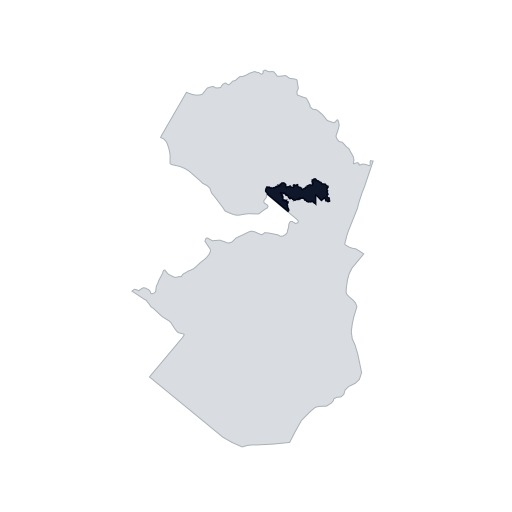 Chitambo, Central, Zambia (highlighted), rotated 310°
{"feature_id": "96606910B62371668778538", "entity_name": "Chitambo", "entity_type": "district", "adm_level": 2, "iso_a3": "ZMB", "parent_name": "Zambia", "parent_adm1": "Central", "projection": "natural_earth1", "projection_center": [30.302, -12.89], "detail": "fine", "context": "in_parent", "style": "filled", "palette": "ink", "viewbox_px": 512, "rotation_deg": 310, "n_neighbors": 0, "source": "geoboundaries", "source_scale": "gbopen_adm2", "svg_char_len": 9252}
<svg xmlns="http://www.w3.org/2000/svg" viewBox="0 0 512 512"><g transform="rotate(310 256 256)"><path d="M326.8,337.2L308.5,337.3L301.9,338.9L296.4,341.5L289.9,345.5L286.1,348.3L285.1,349.9L284.6,353.3L284.6,358.6L284.0,362.4L282.0,365.9L272.1,370.1L265.7,373.5L259.3,377.6L254.5,382.9L251.3,389.4L245.9,397.5L234.5,411.9L227.9,414.5L222.4,413.9L215.7,410.9L210.4,410.4L206.5,412.2L202.8,411.7L199.5,408.6L196.7,407.5L194.5,408.3L191.6,408.2L186.3,406.5L181.7,401.4L179.2,399.3L177.3,398.5L171.8,397.6L159.3,396.5L146.3,399.0L134.8,401.6L123.1,390.2L111.8,378.1L109.3,375.0L105.1,370.9L102.0,369.0L100.8,368.0L97.7,357.2L95.9,347.3L94.9,252.1L146.3,252.1L149.6,251.7L149.7,250.7L147.3,245.6L147.4,243.8L148.1,240.4L150.3,233.5L150.4,231.2L149.3,223.7L149.4,219.5L149.9,211.0L149.6,208.2L150.7,204.4L151.1,201.8L151.6,200.8L151.0,197.9L149.9,187.8L149.3,183.6L152.4,184.2L153.4,186.3L154.0,188.6L155.4,188.7L159.1,190.0L160.4,191.9L161.2,195.9L160.7,198.0L159.6,199.7L160.7,201.1L163.2,202.1L164.6,201.8L168.7,199.1L172.6,198.1L174.5,197.3L183.0,195.5L184.7,194.6L185.9,194.6L186.7,195.3L186.0,198.2L185.7,200.7L186.8,205.5L187.6,207.8L189.4,209.4L190.6,210.2L192.1,212.0L195.0,211.7L201.6,214.1L203.5,215.2L206.3,216.4L208.2,216.8L214.9,217.6L222.0,219.0L225.7,219.1L228.3,218.8L230.1,218.1L231.3,217.3L231.8,216.6L234.4,207.5L235.8,206.8L237.5,206.4L238.6,207.2L239.7,212.9L244.9,218.1L246.6,222.5L247.9,226.2L249.0,227.2L251.0,228.5L254.1,228.9L256.8,229.1L270.6,235.4L272.2,236.6L273.9,240.0L274.9,243.8L276.0,246.8L277.8,247.4L279.4,247.6L280.9,249.7L282.1,251.5L286.2,259.0L286.8,262.0L288.8,264.0L291.5,264.8L294.0,264.9L295.4,264.0L298.9,262.5L301.6,260.7L303.7,260.1L304.8,260.5L305.7,261.7L306.3,265.4L308.3,266.7L309.7,266.2L310.3,264.7L310.3,264.0L310.3,224.9L309.0,225.2L307.4,226.3L303.8,226.4L302.4,227.2L301.9,228.5L302.2,230.1L302.3,232.3L301.7,233.4L300.1,233.8L297.8,232.9L293.6,231.8L290.1,231.1L287.6,228.2L284.2,223.8L282.0,221.5L276.6,216.9L275.7,216.0L274.1,213.8L272.6,210.2L271.3,206.0L270.6,203.3L271.9,199.1L275.0,185.6L275.7,181.4L278.3,177.1L278.5,173.2L277.4,168.3L277.7,165.6L278.0,150.1L277.3,145.2L275.5,139.8L271.6,132.2L271.7,130.6L277.6,125.7L279.4,123.9L282.5,119.9L284.6,116.5L285.9,113.8L286.4,110.2L285.4,106.8L287.4,106.2L336.7,97.5L337.4,99.8L338.9,103.6L340.6,106.5L342.7,108.9L344.5,110.4L345.7,110.9L353.3,110.7L356.0,112.3L358.4,114.2L358.9,117.1L360.5,119.0L362.2,120.5L362.9,120.6L364.2,120.3L366.2,120.2L368.1,120.9L369.0,121.5L369.1,124.0L369.6,125.1L372.2,125.6L374.8,125.7L377.3,127.4L380.0,127.7L383.2,128.4L384.7,130.2L388.0,132.1L392.1,133.7L396.6,136.5L396.7,137.3L397.5,139.0L398.3,140.1L398.4,141.8L398.7,143.4L399.9,143.8L400.8,143.9L401.7,142.8L402.9,142.8L404.3,143.5L404.7,145.4L405.7,147.8L407.4,149.5L408.5,151.1L408.1,154.1L407.4,156.8L409.7,159.4L412.6,162.0L413.4,163.1L413.6,166.9L414.1,168.1L416.1,171.3L417.1,173.3L417.0,174.5L411.6,180.7L408.3,181.7L406.8,183.0L406.0,184.3L408.1,190.5L409.2,192.8L408.3,195.7L406.1,200.7L405.1,201.2L404.9,204.9L405.6,206.3L406.6,207.4L407.1,209.9L407.0,216.3L405.6,223.5L408.0,229.8L408.8,230.5L412.2,230.6L412.8,231.1L411.9,232.9L409.6,235.7L405.3,237.8L399.2,240.2L397.9,242.5L397.1,245.8L397.8,247.7L398.6,248.9L398.3,251.7L397.8,254.8L397.9,257.2L397.7,259.3L396.9,260.4L395.8,263.6L394.5,266.8L393.4,268.3L391.9,269.8L389.4,271.1L389.5,271.7L392.2,273.2L392.9,274.3L393.2,275.0L392.0,276.6L393.3,277.6L394.8,278.4L396.3,280.5L398.0,284.6L398.3,285.0L398.7,285.0L399.6,284.6L401.3,283.0L402.6,282.4L404.0,284.7L378.5,294.7L372.4,296.7L363.5,300.3L360.6,301.6L358.2,302.9L334.5,310.7L330.7,312.2L322.3,316.2L322.0,316.8L322.1,318.7L322.9,322.4L324.3,325.8L325.6,327.8L326.4,332.8L326.8,337.2Z" fill="#d9dde1" stroke="#a8b0b8" stroke-width="1"/><path d="M355.5,265.9L355.1,265.0L355.2,264.1L355.4,263.6L355.5,262.7L355.0,262.2L354.8,262.1L354.7,261.9L354.4,261.8L354.4,261.5L354.3,261.0L354.1,260.9L353.8,260.5L353.5,260.3L353.8,259.6L354.1,258.5L353.9,257.9L353.5,257.8L353.5,257.1L353.4,257.1L353.6,256.0L353.5,255.4L353.4,255.0L353.1,254.8L352.8,254.4L353.3,252.1L352.5,251.1L352.3,250.9L352.0,251.0L351.7,251.3L351.4,251.0L351.1,251.0L350.9,250.7L350.6,251.0L350.3,250.4L349.9,250.8L349.4,250.8L349.2,251.1L348.8,251.5L348.6,252.1L348.3,252.2L348.4,252.4L348.4,252.6L348.2,252.7L348.2,253.0L347.6,253.2L346.4,253.3L346.3,253.5L345.6,252.9L345.4,251.9L345.0,251.7L344.7,251.1L343.9,251.1L343.3,250.8L342.9,250.6L342.7,250.2L342.3,250.3L342.2,250.6L341.5,250.8L340.4,249.8L340.1,249.8L339.6,250.4L339.3,250.4L338.5,249.6L338.0,249.3L337.7,249.2L336.9,249.2L336.7,249.1L336.5,248.7L336.4,248.2L337.2,247.3L336.9,246.7L336.9,245.4L336.3,244.9L336.1,244.2L336.3,243.3L336.3,242.8L336.6,242.6L337.3,242.2L337.3,241.9L337.2,241.7L336.1,241.3L335.3,240.7L335.2,239.8L334.8,239.3L334.6,239.2L334.2,239.2L333.8,240.1L333.5,240.4L333.1,240.6L332.5,240.5L332.3,240.3L331.9,239.5L331.5,239.2L331.4,238.9L331.2,238.7L331.3,238.2L331.6,237.6L331.6,237.2L331.2,236.9L330.9,236.9L330.3,236.8L330.1,236.5L329.8,236.5L329.1,235.6L328.6,235.6L328.1,235.3L328.3,234.7L328.8,233.7L329.7,233.0L329.9,232.6L329.9,231.5L330.0,231.1L329.9,230.6L329.7,230.3L329.5,229.9L329.3,229.6L328.8,229.5L328.5,228.9L328.3,228.8L327.1,228.8L326.8,228.8L326.6,228.6L326.4,228.8L326.3,228.6L326.1,228.6L325.9,228.9L325.6,229.0L325.1,228.7L324.9,228.2L324.6,228.1L324.5,227.8L324.3,228.2L324.2,227.9L323.9,228.1L323.6,227.9L323.3,228.1L323.1,227.9L323.1,227.7L322.8,227.7L322.7,227.4L322.3,227.4L322.3,227.2L322.0,227.3L321.6,227.0L321.7,226.9L321.9,227.0L322.0,226.8L321.5,226.6L321.1,226.8L320.8,226.6L320.6,226.7L320.3,226.3L320.0,226.4L319.9,226.3L319.8,226.2L319.6,226.2L319.7,225.6L319.5,225.4L319.4,225.4L319.2,225.7L318.8,225.5L318.4,224.8L318.4,224.6L318.2,224.2L317.8,223.7L317.6,223.8L317.5,223.6L317.3,223.6L317.3,223.2L317.2,223.1L317.4,222.7L317.4,222.2L317.2,221.8L317.1,221.6L316.7,221.7L316.4,221.3L316.3,221.2L316.2,220.5L315.9,220.0L313.8,220.5L312.2,221.4L311.9,221.7L311.6,222.7L311.7,222.9L311.6,223.3L311.7,223.5L311.5,224.1L310.8,224.7L310.8,251.8L311.7,251.9L312.4,251.4L313.2,250.1L313.5,249.0L314.0,248.5L314.7,248.0L314.8,247.5L315.1,247.0L315.3,246.9L315.6,246.6L316.6,246.5L317.1,246.2L317.3,246.1L317.6,246.0L317.7,245.9L317.9,245.9L317.9,245.6L317.7,245.5L317.2,245.2L317.3,245.1L317.6,245.2L317.4,244.8L317.4,244.5L317.5,244.3L317.5,244.1L317.8,244.0L317.7,243.8L317.8,243.7L317.5,243.3L317.3,243.3L317.2,243.0L317.0,242.8L317.1,242.7L317.5,242.8L317.3,242.6L317.2,242.7L316.9,242.4L316.9,242.2L317.1,242.0L316.9,241.8L316.6,242.1L316.4,241.9L316.4,241.6L316.3,241.4L316.6,241.4L316.8,241.1L316.6,240.9L316.3,240.6L316.5,240.4L316.6,240.2L316.8,240.0L316.9,239.6L317.1,239.5L317.2,239.4L317.4,239.5L317.6,239.4L317.7,239.2L317.7,238.9L317.9,238.7L318.0,238.8L318.2,238.6L318.6,238.7L318.8,238.4L318.9,238.2L318.8,237.9L319.0,237.8L319.1,237.5L319.1,237.1L318.9,237.0L319.2,236.8L319.3,236.8L319.4,237.0L319.6,236.8L319.0,236.4L319.2,236.2L319.4,236.2L319.5,236.1L319.4,235.9L319.5,235.7L320.0,235.2L319.9,235.0L320.0,234.8L319.9,234.7L319.9,234.4L320.0,234.4L320.2,234.2L320.6,234.4L320.6,234.6L320.6,234.9L321.0,235.1L321.1,235.3L321.1,235.2L321.4,235.5L321.5,235.7L321.3,235.8L321.6,236.2L321.4,236.5L321.5,236.7L321.8,237.3L322.3,237.4L322.5,237.5L322.3,238.2L322.4,238.7L322.4,238.9L322.2,239.0L322.0,239.4L322.1,239.6L321.9,239.8L321.9,240.1L322.1,240.3L322.3,240.6L322.5,240.7L322.7,240.9L322.6,241.1L322.6,241.4L322.5,241.8L322.5,242.4L322.1,242.8L322.0,243.4L321.8,243.6L321.8,244.0L322.0,244.6L322.0,244.9L321.8,245.0L322.0,245.2L322.1,245.4L322.6,245.2L323.1,245.6L323.0,245.8L323.1,246.1L323.4,246.7L323.2,247.0L323.1,247.4L323.0,247.6L323.1,247.9L323.1,248.1L323.4,248.4L323.5,249.1L323.7,249.4L323.8,249.7L323.7,249.7L324.0,249.9L324.2,250.3L324.5,250.4L324.8,250.3L325.6,250.7L325.8,250.9L325.9,251.4L326.3,251.9L326.5,251.9L326.8,252.3L326.9,252.1L327.3,252.0L327.5,251.8L328.0,251.9L328.3,252.2L327.9,252.8L328.2,253.1L328.4,252.9L328.9,252.9L329.8,254.2L330.7,254.4L330.6,254.6L330.6,255.0L330.9,255.7L330.2,257.4L330.8,258.1L330.7,258.3L330.7,259.1L330.5,259.6L330.5,259.9L330.7,260.5L330.8,260.6L331.0,260.7L331.2,260.9L331.2,261.4L331.3,261.4L331.4,261.7L331.6,261.8L331.8,261.7L332.1,262.3L332.3,262.4L332.5,262.8L332.7,263.1L332.7,263.3L332.9,263.4L333.3,263.3L333.6,263.4L333.7,263.6L333.8,263.6L334.0,264.2L334.1,264.5L334.3,264.6L334.2,264.7L334.3,265.1L334.1,265.3L334.1,265.6L334.4,265.8L334.4,266.2L334.5,266.1L334.5,266.6L334.7,266.8L334.5,267.2L334.3,267.2L334.5,267.5L334.4,267.6L334.3,268.2L340.9,262.6L341.4,263.7L340.6,270.4L344.9,271.1L344.3,272.5L343.8,273.1L343.3,274.0L343.6,274.1L343.9,274.2L343.9,274.6L343.7,275.2L343.8,275.8L343.9,275.7L344.0,275.8L344.3,276.0L344.5,276.2L344.8,276.4L344.8,276.7L344.9,276.8L345.1,277.1L345.5,277.1L345.6,276.9L345.4,276.5L345.5,276.2L346.5,275.6L346.8,275.6L347.1,274.9L347.4,274.6L347.1,274.2L347.0,273.9L347.0,273.3L346.9,272.9L347.5,272.0L348.9,271.0L349.0,271.1L349.3,271.4L349.4,271.5L350.2,270.4L350.3,269.9L350.8,269.3L351.2,269.0L351.9,269.0L352.2,267.9L352.4,267.5L352.8,267.3L353.4,267.3L353.7,266.9L354.1,266.7L354.5,266.8L354.7,267.0L355.0,267.0L355.3,266.7L355.2,266.2L355.3,265.9L355.5,265.9Z" fill="#0f172a" stroke="#020617" stroke-width="1.5"/></g></svg>